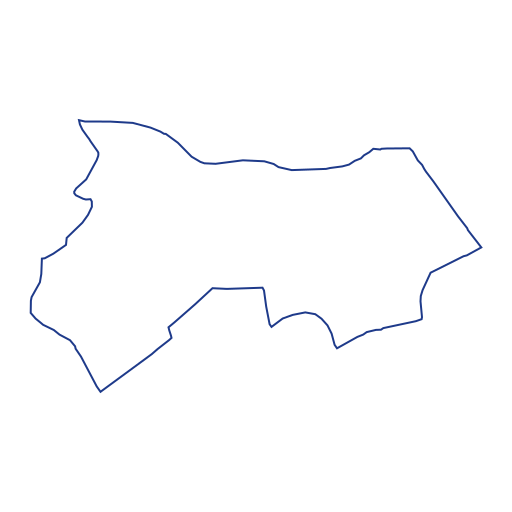 Totonicapán, Totonicapán, Guatemala (Natural Earth projection)
{"feature_id": "79465075B19896834166836", "entity_name": "Totonicapán", "entity_type": "district", "adm_level": 2, "iso_a3": "GTM", "parent_name": "Guatemala", "parent_adm1": "Totonicapán", "projection": "natural_earth1", "projection_center": [-91.331, 14.892], "detail": "fine", "context": "isolated", "style": "outline", "palette": "blue", "viewbox_px": 512, "rotation_deg": 0, "n_neighbors": 0, "source": "geoboundaries", "source_scale": "gbopen_adm2", "svg_char_len": 1606}
<svg xmlns="http://www.w3.org/2000/svg" viewBox="0 0 512 512"><path d="M100.5,391.8L151.8,354.1L157.4,349.2L165.1,343.2L169.1,340.1L171.5,337.9L171.0,335.7L169.3,330.5L168.5,327.3L174.4,322.4L195.2,304.2L212.5,288.2L226.8,288.9L262.5,287.7L264.0,290.5L266.2,306.6L269.6,324.2L271.5,326.9L282.7,318.5L292.7,314.9L305.3,312.4L315.3,314.2L321.5,318.7L327.5,325.4L331.6,333.6L334.6,344.8L337.0,348.3L357.4,336.9L363.2,334.6L366.7,332.1L375.9,329.9L381.0,329.7L383.3,328.1L415.8,321.2L421.6,319.2L422.0,317.2L420.5,301.3L420.8,296.0L422.6,290.1L430.6,272.7L463.6,256.2L466.8,255.4L481.3,247.4L467.9,230.1L467.2,228.2L458.0,216.3L433.3,181.3L426.0,171.7L424.2,168.9L422.1,164.9L417.8,160.4L412.8,151.4L409.6,148.3L386.6,148.5L381.4,148.8L380.3,149.5L373.3,148.8L369.3,152.2L364.0,155.3L360.9,158.4L354.8,160.8L349.0,164.6L342.3,166.4L330.1,168.0L326.1,168.9L291.7,170.1L278.5,167.1L273.7,164.0L264.3,161.3L242.9,160.3L215.6,163.8L204.4,163.3L200.4,161.9L191.6,156.7L177.8,142.7L165.8,133.9L164.0,133.8L160.4,131.6L150.5,127.6L132.8,122.9L110.5,121.6L84.9,121.5L79.0,120.2L79.9,124.4L82.4,129.7L87.4,136.7L89.1,138.9L90.6,141.4L97.7,151.5L98.3,152.6L98.4,154.3L98.2,156.0L97.6,157.6L96.7,160.1L86.2,179.4L76.2,188.4L74.2,191.7L74.3,193.3L75.9,195.3L83.2,198.8L85.9,199.5L90.5,199.2L91.8,201.5L91.9,206.8L88.0,214.9L82.4,222.7L66.7,237.9L66.0,244.9L53.3,253.7L44.7,258.3L41.9,258.6L41.3,274.0L39.9,282.3L31.6,297.1L30.9,300.7L30.7,312.9L35.6,318.6L41.0,323.0L43.1,324.8L53.8,330.0L59.5,334.6L70.0,340.2L75.1,346.3L75.6,348.7L81.0,356.6L96.7,386.4L100.5,391.8Z" fill="none" stroke="#1e3a8a" stroke-width="2"/></svg>